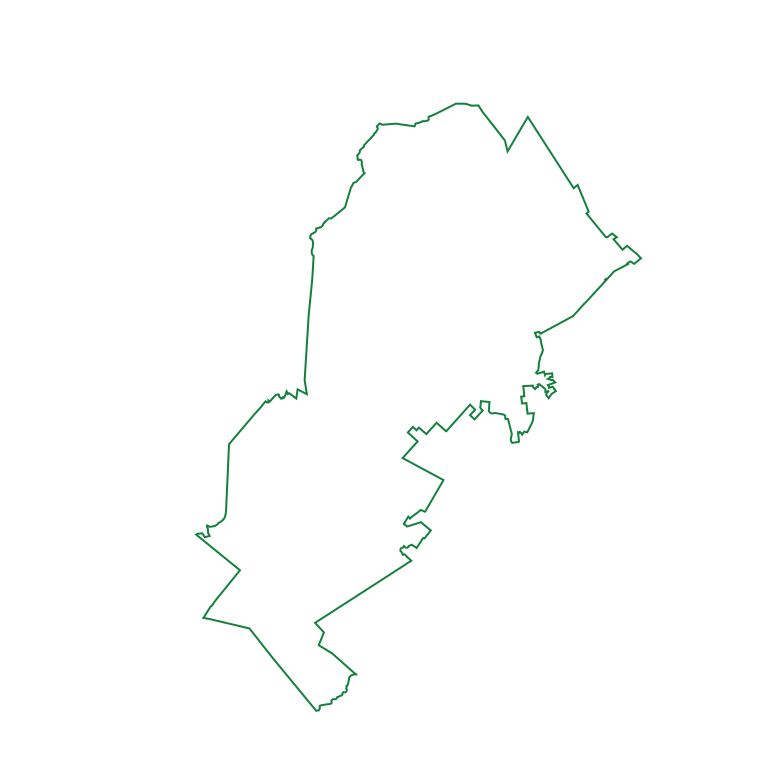 Agualeguas, Nuevo León, Mexico, rotated 132°
{"feature_id": "50627088B6039535347696", "entity_name": "Agualeguas", "entity_type": "district", "adm_level": 2, "iso_a3": "MEX", "parent_name": "Mexico", "parent_adm1": "Nuevo León", "projection": "mercator", "projection_center": [-99.676, 26.298], "detail": "fine", "context": "isolated", "style": "outline", "palette": "green", "viewbox_px": 768, "rotation_deg": 132, "n_neighbors": 0, "source": "geoboundaries", "source_scale": "gbopen_adm2", "svg_char_len": 6117}
<svg xmlns="http://www.w3.org/2000/svg" viewBox="0 0 768 768"><g transform="rotate(132 384 384)"><path d="M672.2,215.7L671.5,215.4L670.9,214.5L669.9,214.0L668.9,214.2L668.2,214.6L666.7,216.0L666.2,216.3L665.1,215.9L661.0,212.7L658.7,210.7L657.1,209.5L656.7,209.5L656.0,209.6L655.6,209.8L654.5,211.2L653.9,211.4L653.2,211.3L652.3,210.9L650.4,208.9L649.5,208.8L648.1,209.2L647.7,209.1L647.4,208.8L645.5,208.0L643.9,207.2L643.4,207.0L642.9,207.1L642.4,207.4L641.9,207.9L641.0,208.0L640.7,207.8L640.2,207.8L639.9,207.8L639.4,206.7L639.0,206.4L638.4,206.2L637.3,206.3L636.4,206.8L635.9,207.3L635.7,208.3L634.4,208.8L634.1,209.1L633.6,209.8L633.4,209.9L632.6,209.5L632.3,209.5L631.8,209.6L630.3,210.4L625.7,213.2L624.8,213.6L623.0,213.4L621.8,213.1L619.6,211.8L618.3,210.2L618.2,210.3L618.5,210.7L618.4,210.9L618.6,211.4L618.5,211.6L618.7,212.1L618.7,212.3L618.9,242.2L621.8,257.7L608.8,262.4L607.6,275.4L510.2,249.0L499.9,246.3L499.3,245.9L497.1,245.4L497.0,251.3L496.7,254.4L496.9,254.8L497.2,255.2L497.6,255.4L498.3,255.6L498.3,255.9L497.5,257.3L497.2,258.4L497.0,260.2L496.8,260.5L496.3,260.9L495.0,261.4L494.2,261.3L493.2,260.6L492.7,260.5L491.2,260.8L491.1,259.4L491.2,258.9L490.8,258.0L490.3,257.3L490.2,257.2L489.0,256.9L488.0,257.2L484.9,255.9L484.0,250.0L472.3,251.9L471.7,250.6L461.5,251.2L462.0,264.1L474.4,271.4L474.5,274.5L474.9,275.0L474.5,275.7L466.3,277.2L466.6,274.6L465.0,274.7L457.1,273.0L453.0,272.4L451.5,268.1L451.3,268.0L415.6,275.5L426.6,320.6L404.2,320.6L404.1,333.8L396.5,333.8L396.6,328.9L393.1,328.9L392.9,319.0L377.6,319.0L377.6,306.4L377.5,306.1L341.8,306.2L342.1,299.1L349.6,299.2L349.7,293.0L337.6,292.9L337.5,295.4L337.3,295.8L337.1,296.8L336.4,297.1L331.9,300.5L326.8,293.5L329.2,291.8L329.3,291.6L334.0,288.0L334.2,286.8L334.3,285.7L334.2,285.0L333.6,284.1L332.0,282.6L331.1,282.0L327.0,275.2L326.5,274.2L326.6,272.6L328.7,270.5L328.7,270.2L327.2,269.1L327.1,268.3L335.7,255.5L340.7,252.5L341.9,250.3L342.0,249.4L337.7,245.7L336.5,245.1L330.2,252.1L329.7,250.8L328.9,251.1L328.5,250.0L329.1,247.5L325.5,247.9L324.1,245.2L317.8,246.9L315.5,247.5L312.0,248.7L310.3,249.7L305.4,253.2L310.0,257.5L307.1,260.6L307.3,260.9L306.7,261.2L302.9,265.4L306.1,268.4L301.6,273.6L299.2,271.5L292.4,279.1L285.6,272.3L286.5,271.4L286.6,268.3L284.3,268.6L283.3,267.7L282.1,268.3L281.7,268.9L281.6,269.2L281.3,269.0L280.9,269.0L280.3,268.8L279.8,260.6L280.9,259.7L281.9,258.7L279.4,257.3L279.4,256.9L279.6,256.8L281.6,257.2L283.5,256.3L284.4,252.2L279.3,252.8L274.2,251.5L273.8,253.5L274.1,253.8L274.1,254.1L273.6,254.4L273.1,256.9L276.4,258.8L275.6,259.5L275.2,261.5L268.2,257.8L268.1,260.7L268.0,261.2L269.2,262.5L269.2,263.1L269.3,263.3L270.3,264.7L270.2,265.1L270.4,265.5L269.6,265.2L268.7,265.1L267.7,265.3L266.0,263.5L263.6,266.2L268.3,270.6L268.7,270.7L269.1,270.5L269.7,270.3L267.8,273.4L269.3,274.2L273.3,276.7L273.3,276.9L273.8,277.0L273.9,278.5L273.3,278.4L272.4,278.6L270.5,278.6L268.3,280.2L267.0,280.9L265.7,282.3L259.9,285.6L258.9,286.1L256.9,286.8L255.1,287.2L254.1,288.0L252.6,288.4L248.2,294.8L246.0,297.5L244.8,300.4L247.1,301.8L244.9,306.1L242.6,304.5L241.4,303.2L242.0,301.4L207.1,289.0L201.9,288.9L190.1,288.9L188.8,288.7L158.6,288.4L158.6,289.4L157.5,289.4L157.6,288.4L146.4,288.4L131.8,283.0L131.5,282.9L131.4,283.9L128.1,283.0L127.3,278.5L118.7,277.1L118.2,283.0L118.7,295.9L124.6,296.6L122.8,310.3L119.1,309.2L119.5,315.1L125.8,316.4L126.4,317.4L121.8,347.6L119.0,347.2L106.5,373.3L111.6,374.0L89.3,455.8L128.5,447.8L122.7,456.2L122.1,457.3L115.6,494.0L113.8,500.2L118.5,505.1L121.1,510.8L127.5,518.1L149.7,526.7L149.6,526.8L152.5,528.0L155.7,529.7L157.7,527.6L158.2,527.6L158.7,527.7L159.8,528.3L160.4,528.9L161.4,529.5L162.1,530.0L162.3,530.3L162.5,530.8L162.7,531.2L163.8,531.4L166.4,532.7L168.1,533.9L168.6,534.4L168.9,534.7L169.4,534.8L169.9,534.6L171.2,533.8L172.2,533.8L182.6,549.4L192.5,558.8L193.2,561.5L193.3,561.6L196.4,561.5L197.3,561.8L197.6,561.5L197.8,560.9L197.9,560.1L198.3,559.6L199.2,559.0L200.9,558.9L201.7,558.8L202.3,558.5L202.9,558.5L204.0,558.8L204.4,558.8L205.3,558.3L205.9,558.3L214.9,558.5L220.1,558.5L220.9,557.8L221.3,557.7L226.1,558.3L226.8,558.1L227.7,557.3L229.2,556.8L230.6,556.8L231.4,556.9L232.1,556.7L232.5,556.5L232.7,555.9L233.4,555.0L234.1,554.7L234.2,554.4L234.4,554.1L234.8,553.6L234.8,553.2L234.6,552.8L233.3,552.0L233.0,551.3L232.9,550.7L233.6,549.6L234.1,548.4L235.2,548.0L235.7,547.6L236.4,546.5L236.9,545.9L237.5,544.8L238.7,543.0L239.3,542.4L239.8,541.6L239.9,541.2L240.3,540.3L240.3,539.5L241.4,539.7L252.5,539.9L254.9,541.2L260.4,539.9L278.8,531.2L292.5,533.3L296.3,534.0L297.7,535.8L302.6,536.3L303.1,536.2L303.5,536.6L304.1,536.2L304.7,536.1L305.9,536.2L306.5,536.0L306.7,535.7L309.3,535.6L310.1,536.1L310.8,536.8L311.8,536.9L312.0,537.1L313.6,538.5L314.2,538.3L314.6,537.7L315.1,537.2L315.7,537.0L316.5,536.8L318.1,537.0L320.7,538.1L321.2,538.2L322.8,538.0L323.5,537.8L324.0,537.3L324.4,536.6L324.6,536.4L325.0,536.3L324.9,534.2L325.0,533.5L325.3,533.2L325.5,532.6L326.1,531.8L326.5,531.3L326.8,530.7L328.1,530.1L328.4,529.8L329.1,529.3L329.7,528.6L330.2,528.2L330.6,528.0L331.1,528.0L332.0,527.6L332.9,527.2L334.4,526.0L335.3,524.9L335.8,523.8L336.0,523.2L336.0,521.9L350.4,510.4L355.8,506.2L383.4,485.9L434.2,445.6L443.2,434.5L445.8,444.6L453.5,439.5L454.2,448.1L454.4,448.3L455.8,448.6L454.6,451.4L460.7,449.1L461.3,450.2L461.6,450.2L461.8,449.5L462.6,449.7L463.1,450.4L463.7,450.7L463.9,450.9L463.8,451.1L463.5,451.6L463.6,452.4L463.6,453.3L462.7,454.2L462.3,455.0L462.3,455.4L464.3,457.0L465.1,457.2L473.4,457.1L473.5,458.9L475.1,457.6L476.0,458.7L476.1,460.4L478.8,460.4L483.8,460.0L490.1,460.0L490.5,460.1L490.8,460.0L494.7,460.0L532.4,458.9L584.2,416.3L585.9,415.1L589.2,413.2L589.9,413.0L591.8,412.7L594.2,412.9L596.0,413.2L598.0,414.1L598.5,413.9L599.0,413.8L600.6,414.1L602.6,414.6L606.1,417.3L606.9,418.4L607.2,420.6L607.4,420.7L607.8,420.8L608.6,419.9L609.3,418.3L610.0,417.4L612.4,415.0L613.6,411.9L617.8,414.7L616.5,419.0L620.1,422.4L621.6,422.8L618.8,366.4L659.2,364.3L663.8,363.5L665.7,363.9L678.7,361.7L675.9,357.3L655.7,320.4L662.1,283.4L672.2,215.7Z" fill="none" stroke="#15803d" stroke-width="2"/></g></svg>